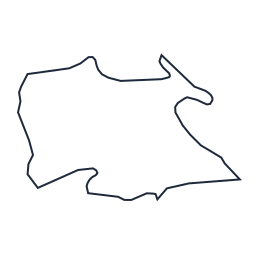 SVG path tracing the border of Laško, rotated 177°
{"feature_id": "SVN-960", "entity_name": "Laško", "entity_type": "Municipality", "adm_level": 1, "iso_a3": "SVN", "parent_name": "Slovenia", "parent_adm1": "", "projection": "equal_earth", "projection_center": [15.244, 46.129], "detail": "fine", "context": "isolated", "style": "outline", "palette": "slate", "viewbox_px": 256, "rotation_deg": 177, "n_neighbors": 0, "source": "natural_earth", "source_scale": "10m", "svg_char_len": 938}
<svg xmlns="http://www.w3.org/2000/svg" viewBox="0 0 256 256"><g transform="rotate(177 128 128)"><path d="M227.4,120.6L237.0,149.4L234.0,160.2L234.9,169.3L232.6,174.8L225.5,187.1L183.6,190.7L172.2,194.9L163.7,200.8L159.6,200.7L157.1,197.7L156.0,191.7L154.7,187.8L151.2,183.0L144.8,179.2L132.8,175.4L91.9,175.0L84.2,176.6L83.4,177.9L84.0,180.4L89.8,186.6L92.2,190.6L93.1,193.1L90.7,199.0L59.5,165.8L48.7,161.1L45.6,158.7L43.3,156.3L42.1,153.5L42.3,151.3L44.6,147.8L47.9,147.4L51.2,149.0L57.6,152.5L67.4,155.6L70.2,154.4L77.0,150.3L79.8,146.5L79.8,141.0L73.1,127.5L66.2,118.0L56.2,106.9L36.4,93.6L33.3,87.6L19.0,70.8L70.1,69.5L92.3,65.7L102.4,55.2L103.9,60.6L106.6,61.2L112.7,61.8L128.4,56.0L135.5,56.4L141.4,59.8L171.2,65.0L172.4,72.0L171.2,75.2L169.0,78.5L166.0,81.0L162.6,82.6L160.9,84.7L162.0,87.4L165.0,89.5L180.0,88.7L221.2,72.9L230.7,87.1L229.3,97.2L224.3,106.0L227.4,120.6Z" fill="none" stroke="#1e293b" stroke-width="2"/></g></svg>